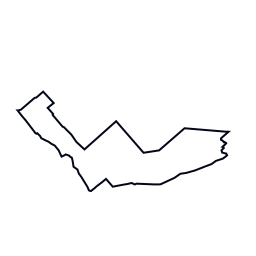 S.A. Nyyazow, Tashauz, Turkmenistan (Natural Earth projection), rotated 49°
{"feature_id": "10190150B78263811448824", "entity_name": "S.A. Nyyazow", "entity_type": "district", "adm_level": 2, "iso_a3": "TKM", "parent_name": "Turkmenistan", "parent_adm1": "Tashauz", "projection": "natural_earth1", "projection_center": [58.86, 40.837], "detail": "fine", "context": "isolated", "style": "outline", "palette": "ink", "viewbox_px": 256, "rotation_deg": 49, "n_neighbors": 0, "source": "geoboundaries", "source_scale": "gbopen_adm2", "svg_char_len": 1624}
<svg xmlns="http://www.w3.org/2000/svg" viewBox="0 0 256 256"><g transform="rotate(49 128 128)"><path d="M42.4,199.8L49.9,200.2L55.0,200.2L70.8,201.2L71.0,201.3L72.3,200.8L72.4,199.9L76.6,199.6L78.4,200.1L79.0,200.1L82.8,198.5L84.5,197.8L85.1,197.5L85.4,197.4L86.5,196.9L89.0,196.4L93.3,194.8L99.5,195.0L103.1,196.1L106.0,196.9L106.7,194.5L106.9,193.8L107.1,192.3L107.3,192.2L108.0,191.8L110.3,190.5L111.2,190.6L113.6,189.9L116.7,191.5L121.5,194.5L126.3,193.4L127.5,193.9L130.1,195.0L134.2,195.3L139.0,196.1L145.7,197.2L149.4,198.4L150.7,197.8L151.3,197.2L151.5,192.0L151.4,190.2L151.9,183.0L152.0,178.0L152.6,178.0L162.3,178.0L167.7,168.7L170.0,165.0L171.9,161.3L173.8,160.5L175.1,159.9L175.6,158.1L187.7,145.3L188.2,144.7L191.1,141.4L191.9,140.2L196.1,125.7L196.9,118.5L200.0,113.7L203.9,105.5L207.5,95.4L210.0,88.7L210.5,83.2L213.3,76.6L213.6,73.4L213.6,71.1L212.6,70.9L211.8,70.6L211.2,71.1L210.5,71.6L208.8,72.7L208.3,73.0L206.4,72.2L206.2,72.1L206.1,71.9L206.0,68.9L204.3,68.8L204.3,68.7L204.2,68.8L204.0,63.9L203.8,63.8L201.8,64.4L201.7,64.9L200.0,64.9L198.4,65.3L197.9,65.5L197.3,64.9L196.9,64.7L196.8,64.4L196.8,63.6L196.8,61.6L196.8,59.2L196.8,56.9L196.8,55.8L196.8,55.4L196.7,55.2L196.8,55.2L196.8,54.7L196.0,55.6L169.6,81.3L165.3,85.5L165.3,94.6L165.3,111.6L165.3,119.2L156.9,132.5L156.7,132.5L126.7,132.5L115.4,132.5L115.1,132.5L115.5,165.4L115.6,174.9L104.6,176.1L95.9,175.1L85.5,175.8L85.2,175.9L84.0,176.5L68.7,176.3L68.3,175.3L60.1,175.4L60.2,173.0L60.4,167.7L54.2,167.9L44.9,168.2L44.9,177.2L44.8,177.3L44.0,178.7L43.9,196.9L42.5,199.7L42.4,199.8Z" fill="none" stroke="#020617" stroke-width="2"/></g></svg>